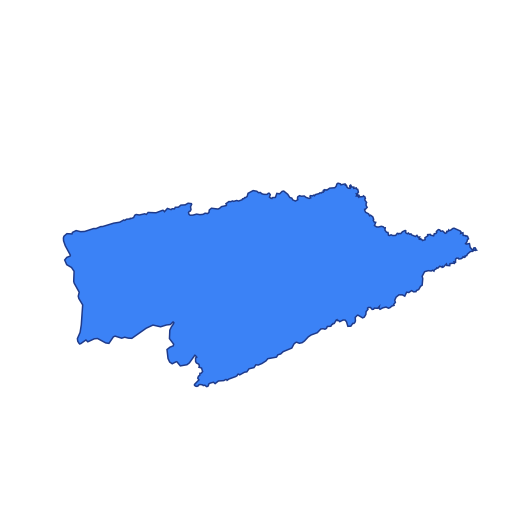 outline of Garzon, Maldonado, Uruguay, rotated 62°
{"feature_id": "84410073B70697898104121", "entity_name": "Garzon", "entity_type": "district", "adm_level": 2, "iso_a3": "URY", "parent_name": "Uruguay", "parent_adm1": "Maldonado", "projection": "natural_earth1", "projection_center": [-54.664, -34.23], "detail": "fine", "context": "isolated", "style": "filled", "palette": "blue", "viewbox_px": 512, "rotation_deg": 62, "n_neighbors": 0, "source": "geoboundaries", "source_scale": "gbopen_adm2", "svg_char_len": 6092}
<svg xmlns="http://www.w3.org/2000/svg" viewBox="0 0 512 512"><g transform="rotate(62 256 256)"><path d="M230.7,159.1L231.1,162.6L230.3,163.1L230.2,164.4L229.6,164.5L229.7,165.5L230.5,165.0L231.2,166.7L230.6,167.4L231.1,168.5L230.2,170.1L230.5,171.1L229.6,174.9L230.3,176.0L229.3,176.7L229.5,177.8L228.2,179.7L228.8,180.4L230.3,180.4L230.1,182.1L227.6,184.4L225.7,185.2L224.5,188.0L223.2,189.2L223.3,191.2L224.3,192.2L225.9,192.6L226.0,195.4L223.7,197.2L221.7,197.2L220.2,198.7L216.4,199.0L211.7,201.0L211.2,202.6L212.2,205.9L210.5,208.2L213.4,211.4L212.1,214.2L212.7,214.9L212.0,215.8L210.3,216.5L208.6,214.6L206.9,214.8L206.4,215.6L206.8,217.3L205.3,220.1L203.7,221.7L202.0,222.3L201.2,224.1L199.2,224.9L196.9,227.8L196.9,233.6L199.3,235.9L199.5,238.1L199.1,238.6L199.7,240.0L199.2,241.0L199.8,241.9L199.3,245.6L197.9,247.0L197.3,250.1L196.4,250.8L196.1,253.0L195.2,254.3L195.7,258.0L197.1,258.0L197.5,258.6L196.2,263.3L196.8,265.8L196.7,267.5L192.9,272.9L193.5,275.7L195.5,277.1L195.8,278.8L194.3,280.9L194.4,283.1L193.2,286.1L191.1,288.8L190.3,292.5L189.1,295.0L187.8,295.6L185.9,295.2L185.3,293.9L185.5,293.0L184.5,291.6L181.8,290.7L180.1,288.5L179.4,288.5L177.5,291.2L177.6,294.5L175.8,298.5L176.5,301.6L175.1,304.4L176.1,305.9L174.9,307.8L175.2,309.2L172.4,311.9L173.9,316.0L172.3,316.3L171.8,317.0L170.9,324.0L166.9,330.8L167.8,333.3L166.5,334.4L165.0,339.8L163.1,342.3L163.1,343.9L164.6,346.0L164.4,348.2L163.7,349.4L164.1,349.9L162.7,353.1L163.0,355.1L162.1,355.8L162.2,360.4L160.2,366.2L158.0,377.5L157.1,379.4L156.7,384.3L155.5,386.6L153.9,395.7L152.2,399.4L149.1,402.9L149.0,407.0L150.1,408.1L147.5,412.5L148.4,416.3L149.7,417.6L152.3,418.8L157.4,419.6L168.1,419.5L168.8,420.3L168.4,423.7L169.7,426.8L174.8,427.2L179.5,424.3L184.1,423.8L192.9,428.9L194.7,429.3L205.0,429.1L208.0,431.8L210.4,432.4L217.8,432.0L234.8,442.6L240.9,447.2L245.1,452.5L247.6,453.4L249.7,453.3L250.9,453.0L251.1,451.8L250.3,445.6L252.8,444.8L253.2,437.6L254.5,434.6L262.2,429.5L264.1,426.9L260.4,419.8L260.6,418.0L265.5,413.2L266.1,410.0L268.5,407.4L270.4,404.3L268.2,386.8L268.6,379.4L273.7,373.5L274.9,367.3L276.3,363.8L275.3,360.2L276.2,359.8L277.2,360.7L278.8,363.9L281.0,366.9L288.3,371.2L295.2,370.1L296.5,371.3L296.1,374.7L296.8,378.5L305.2,381.8L309.1,382.0L311.8,380.6L311.9,376.0L312.3,375.5L317.5,374.4L319.6,368.0L319.1,365.0L314.9,356.6L315.3,356.3L317.5,355.8L317.7,357.3L320.9,358.9L322.5,358.8L324.7,357.3L326.7,357.7L327.4,358.6L329.4,356.7L333.0,357.4L333.8,359.6L333.3,360.6L334.9,361.6L335.1,363.2L336.5,364.8L338.6,364.6L340.5,370.6L341.3,371.0L342.5,370.5L343.4,369.4L343.5,367.9L342.9,366.8L343.2,365.7L344.7,363.6L345.6,363.4L346.1,361.8L348.1,361.0L348.4,360.0L348.2,359.0L346.9,358.0L346.7,356.1L347.5,352.8L349.5,352.0L348.7,347.9L350.9,342.9L350.8,340.9L351.4,339.9L352.2,339.9L351.9,337.7L352.9,330.6L352.8,329.0L351.9,327.5L352.2,326.7L353.3,326.2L353.2,320.7L354.0,318.5L352.3,315.1L353.6,310.2L352.0,307.1L353.3,305.3L353.7,301.3L353.3,296.4L352.2,293.8L354.9,285.4L353.5,283.0L354.1,280.2L353.2,276.9L354.1,267.6L351.5,263.8L351.0,261.6L351.2,260.6L353.4,258.7L354.2,255.9L353.8,253.1L351.9,247.7L351.6,244.3L352.5,237.9L350.9,233.0L351.7,230.9L353.0,229.5L353.0,227.8L351.7,226.1L353.2,222.9L352.1,221.3L352.4,220.4L351.7,219.7L352.3,218.6L350.2,215.2L350.3,214.3L351.2,214.5L351.7,213.4L353.3,212.9L353.4,209.2L354.4,207.4L356.6,207.0L361.2,207.9L362.5,205.2L360.9,202.2L361.5,201.3L361.1,199.9L360.0,198.7L356.8,197.2L355.9,194.3L356.3,193.6L360.7,190.9L360.8,189.1L359.2,186.5L356.7,184.8L355.7,182.2L354.4,182.0L354.2,180.9L355.2,179.1L357.7,178.5L358.2,177.2L357.6,176.0L359.3,173.1L358.5,170.9L359.8,172.0L361.3,171.5L361.3,168.4L362.1,165.2L364.3,163.5L364.5,161.9L364.0,159.5L364.4,157.3L363.4,157.2L362.4,154.7L360.2,154.3L358.1,151.6L357.4,148.0L359.0,145.0L361.3,143.5L358.7,140.0L360.0,138.2L359.6,134.9L361.7,133.6L362.6,131.5L361.8,130.5L362.0,128.1L360.0,124.9L359.8,123.0L354.3,119.4L351.9,118.8L349.0,114.5L349.8,110.8L351.5,108.3L351.5,106.8L352.9,106.0L352.0,105.1L351.9,102.8L351.3,101.9L352.1,101.2L351.3,98.6L352.7,97.3L352.7,96.5L353.5,96.8L353.7,95.7L352.4,91.6L353.9,92.0L355.5,89.5L353.8,88.3L354.9,85.3L355.7,84.4L355.4,83.8L354.2,83.8L355.1,82.7L352.5,81.3L352.1,79.8L352.9,78.4L353.9,78.3L354.7,76.1L354.5,74.2L353.9,73.5L355.0,72.8L355.0,71.7L354.2,71.5L354.6,69.7L353.6,68.5L352.8,65.0L353.2,62.8L353.6,62.6L353.2,60.7L354.1,59.8L354.3,58.6L353.4,59.1L353.0,58.6L351.6,58.7L351.1,59.7L352.2,61.3L351.6,62.3L348.8,62.8L345.2,61.7L344.3,64.6L343.5,65.2L342.4,63.0L340.8,61.6L340.6,60.3L338.1,60.0L337.2,60.4L337.2,61.3L336.3,61.5L335.1,63.4L332.6,62.4L332.2,64.7L331.1,63.7L329.8,63.9L324.4,68.1L324.1,69.4L324.6,72.2L324.3,73.4L323.5,73.6L324.3,74.5L323.8,76.1L324.9,76.6L324.8,78.3L321.5,79.4L320.9,81.3L319.2,81.5L318.3,82.6L319.0,85.2L320.1,85.4L320.6,86.7L320.0,88.1L321.6,89.7L319.6,92.0L318.8,91.9L317.7,94.4L318.8,94.8L319.2,98.3L321.0,99.0L320.5,101.7L319.4,101.8L318.2,103.5L317.8,102.7L317.2,103.8L316.0,102.6L315.6,104.0L313.3,104.2L313.6,106.1L310.4,108.7L309.2,108.8L308.9,110.2L307.2,110.7L307.5,111.7L306.5,112.6L305.5,112.8L304.0,111.9L303.5,112.3L303.3,115.3L304.2,117.7L303.2,119.2L303.4,119.7L302.3,120.6L303.4,123.1L302.1,125.7L300.7,126.8L300.6,128.5L299.9,129.3L297.2,128.4L296.3,129.6L293.7,130.0L291.8,128.7L291.6,129.4L289.9,130.0L288.6,131.4L287.9,134.3L286.9,135.9L284.7,137.1L282.5,134.5L281.5,135.7L279.4,135.7L278.9,134.9L276.3,134.5L273.7,135.7L273.8,136.8L271.6,136.8L268.9,138.7L266.7,138.6L265.8,138.2L266.1,137.6L265.2,135.0L263.2,135.1L261.4,134.2L260.7,133.2L257.9,133.6L256.8,133.2L256.7,132.5L255.0,132.1L253.4,132.9L253.8,133.4L252.6,136.5L250.9,136.6L252.1,137.7L250.7,138.0L250.1,139.2L249.5,138.3L248.4,138.2L249.1,137.5L248.4,137.3L247.7,135.6L244.9,134.9L243.9,135.8L243.0,135.5L242.2,137.9L241.1,137.3L240.1,139.0L237.8,139.1L237.9,140.1L238.9,140.7L239.6,140.3L240.5,141.1L239.5,142.7L237.8,143.4L236.8,143.0L235.7,143.8L235.5,143.2L234.2,143.5L233.0,147.6L231.9,147.6L230.2,149.4L230.4,150.8L232.1,152.5L232.7,154.4L230.7,159.1Z" fill="#3b82f6" stroke="#1e3a8a" stroke-width="1.5"/></g></svg>